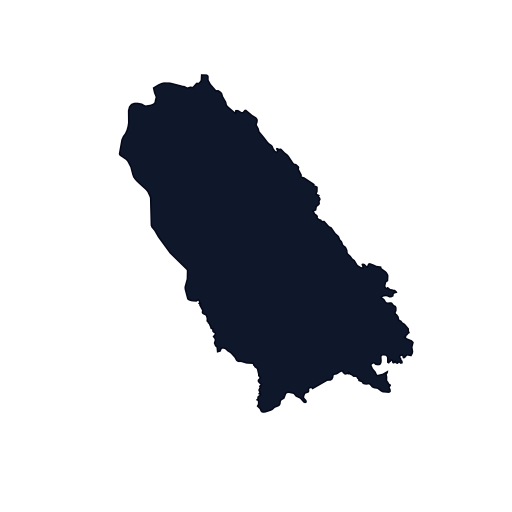 Punjab, Equal Earth projection, rotated 120°
{"feature_id": "PAK-1113", "entity_name": "Punjab", "entity_type": "Province", "adm_level": 1, "iso_a3": "PAK", "parent_name": "Pakistan", "parent_adm1": "", "projection": "equal_earth", "projection_center": [72.142, 30.862], "detail": "fine", "context": "isolated", "style": "filled", "palette": "ink", "viewbox_px": 512, "rotation_deg": 120, "n_neighbors": 0, "source": "natural_earth", "source_scale": "10m", "svg_char_len": 6078}
<svg xmlns="http://www.w3.org/2000/svg" viewBox="0 0 512 512"><g transform="rotate(120 256 256)"><path d="M382.2,166.3L386.5,170.2L387.6,171.8L387.9,173.1L387.5,174.2L386.1,176.0L385.2,179.6L383.2,179.6L380.9,180.8L379.9,181.9L380.0,183.2L378.4,182.8L377.6,183.5L376.9,183.7L374.2,182.6L373.4,182.8L373.7,184.4L372.2,184.3L371.8,184.6L371.0,186.0L370.5,186.4L367.6,186.6L366.9,187.6L365.0,186.8L364.3,188.0L363.9,190.0L363.1,191.5L362.2,191.8L359.4,191.1L358.2,193.8L356.9,194.6L353.0,198.2L352.6,199.2L352.4,201.5L351.8,202.2L351.6,203.4L351.0,203.8L350.4,205.0L353.3,210.7L354.6,216.2L356.0,218.5L356.1,219.6L355.9,220.7L354.1,223.6L352.5,228.6L352.2,230.0L352.2,232.6L351.4,236.1L351.8,238.0L352.8,239.6L353.5,239.9L356.3,239.6L358.1,241.4L354.7,243.8L354.0,244.8L354.0,246.0L352.1,248.4L349.4,249.0L348.7,249.4L347.9,250.2L347.0,252.5L344.4,252.0L343.4,252.5L342.7,253.6L343.0,254.6L342.6,255.7L340.7,257.0L341.1,258.6L339.8,260.0L337.8,262.7L337.6,263.9L336.9,264.5L336.7,265.8L334.4,266.9L332.5,268.9L332.0,270.1L332.2,272.2L332.1,273.6L331.5,274.3L329.7,274.9L326.5,280.1L325.2,279.9L325.5,281.5L324.7,281.4L323.8,282.0L323.1,282.8L322.7,284.0L324.9,285.3L326.8,289.4L327.4,291.9L327.2,293.6L320.0,300.7L318.3,301.8L310.3,303.9L302.8,308.0L302.1,308.9L296.2,331.8L288.2,349.9L284.4,356.4L282.9,360.5L281.7,362.0L258.8,376.0L257.6,377.0L254.3,381.7L253.3,384.2L250.7,396.0L249.8,398.8L248.6,401.4L246.8,403.5L241.4,408.8L237.9,414.3L237.1,416.6L236.6,423.8L236.3,424.7L235.7,425.3L222.4,430.1L218.7,430.5L215.2,430.1L211.4,430.5L207.6,431.5L204.3,432.8L193.8,439.0L190.1,440.0L187.0,439.5L184.7,437.6L183.0,434.7L181.7,430.9L181.7,427.6L181.4,426.4L178.1,422.4L175.8,420.6L173.6,420.0L171.0,421.0L168.5,421.6L167.7,422.3L165.2,425.5L161.7,428.7L156.6,425.9L153.9,423.9L152.3,422.2L149.6,417.4L149.0,415.7L146.3,406.0L146.0,404.5L145.2,402.9L145.1,400.0L144.7,399.0L142.7,397.3L141.7,394.8L136.3,393.7L135.9,393.4L135.8,392.3L135.4,391.9L132.8,391.1L131.1,391.2L126.4,393.6L124.1,389.3L124.1,388.2L124.5,387.4L127.8,385.5L130.3,381.4L133.0,373.6L132.8,372.9L131.8,371.3L132.0,368.6L132.6,367.0L134.8,364.7L138.0,359.2L140.1,357.3L140.9,355.7L142.6,346.8L142.6,345.2L142.2,344.9L141.8,345.0L140.7,346.1L140.2,346.1L139.2,344.3L139.3,340.9L139.1,339.7L138.1,338.8L135.5,338.3L135.0,337.7L136.4,329.7L136.5,325.3L137.2,323.6L137.8,323.0L139.4,322.2L142.1,321.7L143.0,320.7L144.7,317.8L147.0,315.6L149.6,308.5L151.9,303.0L152.5,300.8L152.6,298.8L153.0,297.0L154.7,294.8L155.9,292.3L156.2,290.4L155.6,289.9L154.2,289.8L153.6,290.4L152.9,291.6L152.6,291.6L152.4,291.1L152.3,289.2L151.4,288.4L151.2,287.7L152.6,282.8L153.0,279.6L153.5,278.1L157.5,270.0L157.6,269.0L157.0,267.1L157.7,263.9L158.3,263.3L159.7,263.0L163.4,257.3L164.7,257.0L164.9,256.6L164.9,255.2L164.4,253.6L165.1,242.0L165.6,242.4L166.3,241.1L165.9,238.1L166.0,237.5L169.6,235.5L172.3,235.1L172.5,234.4L172.2,231.9L172.9,232.0L173.4,231.7L174.0,230.1L174.9,229.0L177.0,228.9L179.2,227.4L180.5,227.6L183.0,228.6L186.3,227.4L188.7,229.2L189.4,227.7L190.5,226.1L190.4,225.1L190.8,223.3L191.1,222.8L192.4,222.2L192.8,221.6L193.0,219.4L192.6,217.8L193.4,216.5L192.1,214.2L194.3,207.7L194.1,205.0L197.1,198.7L197.8,195.2L198.2,194.1L200.2,191.7L200.9,189.2L203.2,186.5L203.5,185.5L203.7,183.5L204.3,182.1L205.9,180.1L208.0,178.6L208.5,177.7L209.3,174.1L210.6,171.3L210.9,168.6L213.4,164.2L213.7,163.2L213.8,159.2L213.3,158.2L213.3,157.6L212.8,157.2L212.2,157.2L211.8,158.1L211.1,158.5L210.5,159.6L210.1,159.7L209.7,159.3L209.3,157.9L210.0,155.5L209.9,154.2L209.5,154.0L206.8,154.3L206.2,154.0L205.8,153.2L205.2,149.5L205.0,146.7L203.3,142.5L204.5,141.4L205.0,136.3L205.5,134.6L206.6,132.7L207.3,132.0L211.6,129.8L213.8,130.8L217.6,129.6L218.2,129.1L218.9,127.8L219.0,127.1L218.6,126.2L217.8,126.2L217.7,126.0L218.2,122.9L217.4,121.3L217.3,120.1L216.7,119.1L216.6,118.4L217.0,116.7L217.3,116.3L218.4,117.6L219.6,118.2L220.4,118.3L222.1,117.6L223.5,118.5L224.5,119.8L224.7,122.4L225.4,124.0L227.0,126.0L229.1,127.0L229.6,126.4L229.7,124.2L230.0,123.1L231.2,121.1L231.5,120.0L231.3,118.7L229.7,116.4L230.0,116.4L229.3,115.8L229.1,114.9L230.2,112.2L230.1,110.1L230.9,109.0L233.3,107.6L235.6,107.4L236.4,106.4L236.8,106.2L236.6,105.1L237.8,102.5L239.7,100.9L240.1,100.3L240.1,97.8L240.9,96.2L241.0,93.2L243.0,87.7L244.8,86.6L245.9,85.2L247.0,85.8L248.7,86.0L250.1,86.6L251.2,86.0L252.2,86.6L252.5,84.4L251.8,78.9L252.4,76.8L257.1,75.5L260.6,72.6L262.2,72.1L264.7,72.0L265.8,75.2L266.4,76.0L269.3,76.6L270.2,77.1L270.2,77.6L268.8,79.0L268.6,79.8L269.9,81.2L270.5,81.5L272.0,80.9L272.9,79.1L273.9,78.6L274.0,77.5L274.8,76.5L275.6,76.2L276.4,77.2L276.0,78.5L276.3,79.0L277.0,79.9L278.0,79.8L278.3,80.2L278.3,81.8L277.6,82.9L278.1,83.2L279.1,83.0L279.8,83.7L279.6,84.4L278.4,85.5L278.3,86.4L278.5,87.1L280.0,87.1L280.9,87.6L282.1,87.7L282.1,88.8L278.0,91.2L277.0,92.6L276.8,94.1L278.0,96.7L278.9,97.6L280.0,97.8L281.0,97.5L284.1,95.4L285.6,94.7L287.2,94.5L288.1,94.8L289.1,96.1L289.9,98.1L289.4,100.4L290.3,101.4L292.3,102.3L293.3,101.9L295.5,98.9L297.1,94.6L298.7,92.5L299.0,91.1L295.0,86.9L290.6,84.4L291.4,84.1L293.5,84.2L295.5,82.4L298.8,80.6L299.4,79.0L300.7,76.9L300.6,75.5L301.1,75.0L303.1,75.4L304.9,73.0L306.3,72.2L307.5,72.8L310.1,78.3L310.2,80.3L309.6,84.5L310.9,87.8L311.1,89.9L310.1,92.5L309.9,94.2L311.7,96.5L312.5,98.6L312.6,99.5L312.4,100.1L311.7,100.7L312.3,104.6L311.3,105.2L310.9,106.9L310.0,108.3L310.1,109.3L311.3,111.4L310.9,113.1L311.2,116.4L310.3,116.8L310.4,117.4L311.8,117.2L312.1,118.4L313.3,119.4L313.6,119.9L313.2,122.3L312.2,123.4L313.0,124.6L314.4,125.7L317.0,126.9L318.3,127.9L318.8,128.8L320.2,129.7L320.9,129.8L322.5,129.0L324.6,128.8L326.1,129.5L327.9,132.3L342.4,140.7L341.9,141.5L342.9,143.4L343.7,144.0L344.6,144.2L346.8,142.9L347.7,142.9L350.4,145.2L353.5,144.8L355.3,143.8L356.2,140.8L356.9,139.9L357.7,139.7L358.3,140.3L358.5,141.5L356.8,146.5L357.2,151.2L356.0,154.3L356.2,155.4L357.5,159.4L358.7,161.0L360.2,161.6L365.2,160.8L368.2,162.5L370.0,162.3L371.8,161.5L373.2,161.3L374.6,161.9L377.7,164.4L380.7,165.3L382.2,166.3Z" fill="#0f172a" stroke="#020617" stroke-width="1.5"/></g></svg>